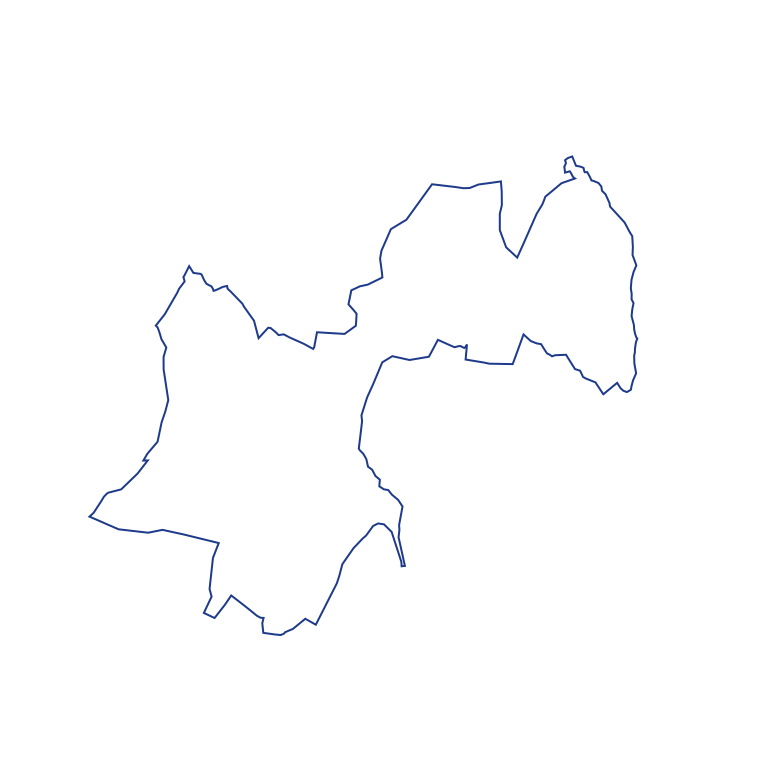 the district of Malumfashi, Katsina, Nigeria, rotated 199°
{"feature_id": "59680162B59256397716169", "entity_name": "Malumfashi", "entity_type": "district", "adm_level": 2, "iso_a3": "NGA", "parent_name": "Nigeria", "parent_adm1": "Katsina", "projection": "equal_earth", "projection_center": [7.623, 11.86], "detail": "fine", "context": "isolated", "style": "outline", "palette": "blue", "viewbox_px": 768, "rotation_deg": 199, "n_neighbors": 0, "source": "geoboundaries", "source_scale": "gbopen_adm2", "svg_char_len": 3274}
<svg xmlns="http://www.w3.org/2000/svg" viewBox="0 0 768 768"><g transform="rotate(199 384 384)"><path d="M320.3,243.8L322.0,251.3L323.8,255.5L326.6,274.2L332.9,279.0L340.6,282.0L345.4,285.1L349.9,284.4L355.1,285.7L356.8,292.2L362.1,294.2L367.3,299.1L372.2,300.6L376.3,307.3L380.9,311.3L385.2,313.4L386.8,314.7L389.3,326.4L392.6,341.7L395.1,347.0L395.6,365.7L394.2,380.6L392.7,403.9L385.2,413.0L367.7,415.0L350.4,424.4L347.4,443.3L329.4,441.7L326.1,443.8L325.1,444.4L323.7,444.8L322.8,444.6L319.8,444.2L319.0,445.7L318.4,448.4L314.8,433.7L297.2,436.7L291.0,437.5L268.8,444.7L268.6,453.8L268.2,476.3L259.2,472.4L253.1,472.1L248.4,472.8L245.0,470.0L242.6,468.1L239.8,466.0L237.1,465.7L234.1,464.9L231.6,466.9L221.4,470.9L208.3,460.3L202.9,460.4L198.1,455.5L195.1,454.9L184.6,454.4L173.3,445.7L163.9,461.0L159.1,457.1L155.7,455.6L151.8,455.4L150.4,456.9L148.7,459.0L149.3,462.7L149.7,468.5L149.1,476.2L154.0,485.0L156.7,492.3L157.1,495.6L158.3,499.5L159.4,505.7L159.3,509.5L160.5,510.1L163.0,513.3L165.1,516.8L166.9,521.1L172.0,528.8L173.5,535.1L174.4,541.7L177.5,544.7L179.1,549.7L181.8,554.9L183.9,563.1L184.5,571.2L184.0,578.3L191.0,586.9L193.3,594.6L197.4,604.6L201.6,608.0L206.2,612.4L209.2,615.1L228.1,625.4L229.7,628.5L236.3,635.5L240.8,637.7L242.8,641.5L246.7,643.9L252.0,644.2L254.1,644.0L256.7,646.8L260.8,650.5L263.1,649.6L263.7,650.1L265.7,653.3L269.0,653.5L273.4,652.8L274.1,653.5L280.1,660.4L283.6,657.6L284.5,656.4L285.7,654.5L284.3,652.7L283.9,652.1L283.9,651.3L284.0,651.0L284.0,649.8L284.1,648.8L284.3,648.3L281.6,642.8L277.6,645.6L276.0,644.4L274.0,642.5L272.3,641.1L270.3,640.5L281.5,631.7L292.4,613.7L292.6,607.5L292.8,605.1L295.1,594.6L297.7,563.4L299.2,546.9L313.0,553.0L324.6,567.2L329.9,582.6L330.8,591.5L335.4,604.4L339.4,613.6L349.0,608.7L359.6,603.4L366.8,597.2L372.6,595.0L380.6,593.5L403.6,588.5L416.3,546.6L427.9,532.7L429.8,509.1L428.5,501.2L422.2,488.6L420.2,484.2L431.7,472.7L438.6,468.5L445.4,461.9L443.5,447.7L437.2,444.2L432.8,441.5L430.7,434.2L429.6,429.9L437.6,418.5L464.2,411.1L462.0,396.2L462.2,395.1L462.4,394.1L473.0,395.9L488.6,397.3L495.0,398.3L499.6,395.9L503.2,397.7L509.4,400.0L511.8,399.5L517.5,386.5L527.5,401.5L541.4,411.4L544.0,413.8L559.3,421.6L562.8,423.1L564.3,425.6L568.1,423.3L571.3,420.1L574.2,417.5L575.5,416.6L577.0,418.6L579.4,420.3L581.7,420.4L584.8,421.1L586.2,422.3L587.5,423.3L592.1,428.1L593.5,428.4L596.2,427.8L600.4,427.0L606.6,432.0L608.1,421.2L608.5,419.9L605.9,416.1L608.8,407.2L609.2,403.0L614.0,378.5L618.8,364.9L616.5,363.8L613.5,360.2L609.0,353.9L601.7,347.6L601.2,337.7L597.1,326.0L582.7,298.5L581.8,286.3L581.8,275.4L581.1,269.9L579.3,255.7L585.0,241.1L586.6,233.3L582.5,234.8L587.9,219.0L598.2,198.8L609.1,191.6L610.3,190.2L612.1,186.3L613.3,180.8L616.6,167.7L619.3,162.7L587.7,160.2L558.6,166.6L545.9,174.0L523.6,176.6L488.5,179.8L489.1,163.9L482.2,133.4L477.8,126.8L479.8,108.9L468.0,107.6L462.5,123.6L459.6,134.3L441.9,128.3L428.7,123.5L424.6,122.8L421.7,123.6L421.2,118.2L417.1,109.4L405.4,111.7L400.0,113.0L397.3,115.4L396.7,117.1L390.3,122.9L382.0,136.4L370.1,134.2L363.7,180.2L363.8,187.7L364.7,200.1L359.4,218.8L353.8,231.1L351.6,234.8L348.1,246.2L344.2,250.2L338.3,251.3L328.6,246.6L309.7,221.5L308.0,217.4L305.0,218.8L320.3,243.8Z" fill="none" stroke="#1e3a8a" stroke-width="2"/></g></svg>